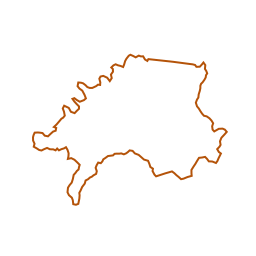 Redenção da Serra, São Paulo, Brazil (Albers equal-area conic projection), rotated 159°
{"feature_id": "56859067B72964394326652", "entity_name": "Redenção da Serra", "entity_type": "district", "adm_level": 2, "iso_a3": "BRA", "parent_name": "Brazil", "parent_adm1": "São Paulo", "projection": "albers", "projection_center": [-45.504, -23.25], "detail": "fine", "context": "isolated", "style": "outline", "palette": "amber", "viewbox_px": 256, "rotation_deg": 159, "n_neighbors": 0, "source": "geoboundaries", "source_scale": "gbopen_adm2", "svg_char_len": 2878}
<svg xmlns="http://www.w3.org/2000/svg" viewBox="0 0 256 256"><g transform="rotate(159 128 128)"><path d="M37.2,89.0L38.2,91.8L39.9,93.5L43.5,94.7L46.1,94.3L48.7,93.9L49.6,96.2L48.8,99.5L46.8,101.9L47.4,105.1L48.5,107.9L50.4,110.7L52.7,112.2L53.7,114.9L54.4,117.9L54.9,120.8L55.8,123.5L55.6,127.3L53.4,129.8L51.4,131.2L50.0,134.0L47.7,136.9L46.2,139.2L45.3,141.5L43.9,143.1L42.0,143.9L39.3,145.7L37.3,147.4L36.3,149.3L34.5,150.6L34.5,153.2L35.0,155.6L33.3,159.0L34.1,162.1L36.5,160.7L39.0,159.5L42.2,160.6L42.8,162.8L44.9,164.3L47.9,165.9L62.1,173.6L64.6,174.9L84.3,185.0L85.9,183.7L87.6,185.9L88.2,189.5L90.3,190.2L92.0,191.7L95.5,191.2L97.4,193.4L99.5,195.5L101.4,195.2L104.7,193.2L106.7,191.5L108.9,188.6L110.7,186.7L112.7,188.6L115.0,190.2L116.7,191.9L119.1,191.7L121.9,190.5L121.0,188.4L121.9,185.9L124.8,184.0L125.3,180.4L128.2,178.3L129.4,182.4L132.4,185.5L135.2,185.9L137.1,184.3L137.5,180.5L138.6,178.2L140.5,179.2L142.7,178.5L147.0,178.2L149.5,179.2L151.3,180.8L152.3,183.2L153.9,185.8L155.6,187.1L158.1,188.3L160.1,185.1L159.2,182.2L157.3,179.3L156.7,174.5L156.7,170.7L159.2,169.8L163.6,169.8L165.8,172.5L167.4,175.1L169.4,175.1L168.6,172.0L167.4,168.9L166.0,165.7L166.9,163.5L169.6,162.4L172.5,161.0L175.5,163.6L176.1,168.0L178.0,170.0L179.6,171.7L181.9,169.6L181.9,166.2L182.6,162.2L184.8,160.9L186.9,160.5L189.0,159.3L191.4,158.0L193.4,156.9L196.8,155.5L195.0,153.8L196.5,151.4L199.2,151.5L202.1,150.4L205.7,148.9L208.5,150.7L209.6,153.9L211.9,155.2L213.7,156.1L216.8,157.1L218.7,155.2L220.0,153.4L221.1,150.3L220.9,146.8L222.7,144.3L220.6,141.8L218.8,139.3L216.8,138.0L214.0,138.3L210.7,138.4L208.5,136.1L205.5,134.9L203.6,133.1L201.5,134.2L200.5,131.9L197.7,132.1L195.1,131.9L192.8,132.3L192.3,129.3L192.5,125.7L193.7,123.0L195.2,120.7L191.8,120.2L189.4,117.6L187.8,114.3L186.3,110.9L187.8,109.0L189.0,107.0L191.2,106.2L193.1,104.9L195.5,103.7L197.8,100.1L200.1,97.2L203.0,95.6L205.4,93.8L207.5,89.7L207.2,86.4L205.4,83.1L205.4,80.4L206.4,76.5L204.1,75.0L201.6,75.0L200.2,77.2L198.8,79.4L197.3,82.5L196.7,84.9L194.8,86.5L191.9,89.4L188.3,91.6L186.4,94.2L183.6,94.5L181.3,95.4L179.2,95.5L177.2,96.2L174.2,96.6L172.6,98.9L172.5,102.4L170.6,104.5L168.2,106.4L166.0,104.9L163.9,106.0L162.3,107.6L160.0,108.1L156.7,109.0L154.3,108.4L151.8,107.8L149.8,108.7L147.7,108.1L145.5,107.2L143.4,106.7L141.3,104.9L138.8,105.0L136.7,105.6L134.5,106.5L131.9,105.0L130.7,101.8L127.7,99.1L126.2,96.3L124.4,92.8L121.0,90.2L120.9,86.8L121.1,83.6L119.3,81.1L120.5,79.0L120.0,75.0L119.1,72.8L109.4,72.3L102.5,71.7L100.9,69.2L99.7,66.6L98.3,64.2L96.8,61.2L94.3,60.8L90.0,60.9L85.7,60.5L85.0,62.9L83.8,66.1L80.5,68.6L77.9,70.4L75.7,72.2L72.4,74.7L69.4,73.9L66.4,73.4L65.3,70.9L64.5,67.9L61.3,66.5L58.4,63.8L56.4,65.1L54.1,67.5L52.1,69.3L50.4,70.9L51.8,73.1L52.3,76.3L49.2,77.8L47.6,79.1L46.9,82.6L44.3,85.4L40.0,87.5L37.2,89.0Z" fill="none" stroke="#b45309" stroke-width="2"/></g></svg>